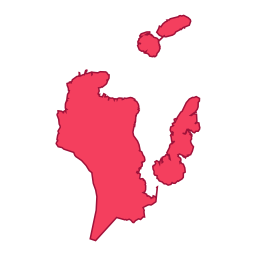 outline of U, Pohnpei, Federated States of Micronesia
{"feature_id": "79324940B31691034545854", "entity_name": "U", "entity_type": "district", "adm_level": 2, "iso_a3": "FSM", "parent_name": "Federated States of Micronesia", "parent_adm1": "Pohnpei", "projection": "natural_earth1", "projection_center": [158.28, 6.951], "detail": "fine", "context": "isolated", "style": "filled", "palette": "rose", "viewbox_px": 256, "rotation_deg": 0, "n_neighbors": 0, "source": "geoboundaries", "source_scale": "gbopen_adm2", "svg_char_len": 5853}
<svg xmlns="http://www.w3.org/2000/svg" viewBox="0 0 256 256"><path d="M155.9,201.7L157.4,186.9L156.7,187.4L157.1,188.2L156.8,192.0L155.9,197.7L154.5,196.3L153.2,195.8L152.8,197.7L151.6,197.6L151.1,198.2L150.7,197.3L149.1,196.2L148.1,195.8L147.3,196.1L146.6,194.2L143.2,192.6L144.8,191.8L145.6,189.8L145.7,185.7L145.2,184.7L145.6,183.4L144.9,181.0L144.2,180.1L143.5,180.3L143.3,179.1L142.4,178.6L140.4,179.0L139.6,178.3L140.3,174.2L138.6,172.8L137.7,173.4L137.4,173.1L137.9,172.2L136.8,172.3L137.1,171.5L138.8,171.7L139.4,169.9L139.0,169.0L140.7,168.7L140.8,168.1L138.8,168.1L140.2,167.7L142.1,166.1L142.3,164.3L141.7,162.9L142.5,162.6L142.3,162.0L144.3,161.4L144.9,160.1L144.4,157.2L142.9,154.9L141.8,152.0L139.9,150.6L139.0,151.1L140.0,149.7L139.0,144.7L137.5,141.1L133.6,135.7L132.9,132.2L134.0,126.2L134.6,126.4L134.9,124.7L134.3,124.3L134.9,123.7L134.8,122.3L135.3,122.3L135.5,121.5L135.8,115.9L136.2,115.9L136.5,114.2L138.0,112.8L139.3,110.1L138.1,109.3L139.1,108.2L138.4,107.7L138.8,106.4L138.3,104.3L136.7,101.5L134.7,100.5L135.1,100.2L134.8,99.3L132.1,97.8L130.3,97.5L126.5,98.4L124.2,98.1L123.6,99.2L122.3,99.5L122.1,98.2L119.0,98.0L117.6,98.6L117.2,99.5L117.1,98.9L114.7,98.8L114.3,99.9L113.9,98.7L112.5,98.0L110.8,98.2L109.2,97.6L108.3,100.6L109.0,97.5L107.2,96.2L106.4,96.8L104.9,96.8L105.6,94.7L103.8,93.7L102.4,96.8L99.4,96.2L99.1,95.4L99.6,94.3L98.3,94.3L98.1,93.7L99.2,91.0L98.6,87.8L100.8,87.5L101.8,86.8L102.3,87.1L105.8,84.4L106.6,83.5L107.5,81.0L106.6,79.6L107.8,80.4L109.0,78.2L109.1,74.9L108.3,74.8L106.6,72.4L105.5,71.9L100.2,71.7L97.8,72.8L92.7,72.3L91.9,72.5L92.2,74.1L92.1,74.6L91.9,74.8L91.6,72.1L87.0,73.6L85.4,73.4L86.2,71.6L86.0,70.9L86.9,70.8L86.9,70.2L86.3,70.1L85.6,70.6L84.4,74.7L83.3,74.6L80.8,75.8L80.0,75.3L79.5,72.7L79.1,72.6L79.4,75.7L79.0,75.4L78.6,76.2L76.8,76.5L72.4,79.7L71.9,81.3L71.1,81.7L71.4,83.5L70.4,81.9L69.4,82.1L69.3,82.8L67.0,83.5L67.2,85.4L68.3,88.1L68.5,90.6L69.3,90.7L68.6,93.2L68.1,93.3L67.5,94.6L67.0,98.2L67.7,98.4L67.1,98.7L66.6,100.5L67.2,100.7L66.0,102.0L65.4,104.0L65.3,108.1L66.8,109.4L65.7,109.6L65.8,111.6L65.1,110.6L63.7,111.5L63.4,113.3L63.0,112.1L61.4,111.2L58.0,110.8L58.1,113.0L57.1,114.2L57.1,115.1L58.7,119.3L59.2,124.1L60.2,126.2L60.2,127.4L58.0,131.1L58.8,133.5L58.2,133.8L57.6,135.6L57.0,139.2L57.0,139.8L57.7,140.1L57.5,141.3L56.6,142.2L56.2,143.7L58.2,146.7L62.1,147.6L63.8,149.1L73.7,152.4L74.9,155.4L75.9,156.6L81.6,160.5L86.2,165.6L89.2,170.5L91.8,172.6L93.3,183.4L95.7,190.0L96.9,196.7L96.2,210.2L90.2,238.8L95.6,240.6L116.6,217.5L124.8,219.8L125.9,219.5L126.7,220.1L129.2,219.2L130.8,220.1L132.8,222.4L133.8,222.6L135.5,220.6L138.7,218.8L140.6,219.5L143.2,216.9L144.6,217.0L143.9,211.8L144.2,210.4L143.1,207.5L147.3,205.3L149.0,204.7L151.0,205.0L152.6,204.1L155.9,201.7ZM199.5,98.4L196.2,96.6L194.1,97.5L192.5,97.4L189.4,99.0L186.3,102.6L182.1,111.3L180.8,112.1L177.3,117.5L177.0,118.8L176.4,119.4L175.9,118.6L174.3,119.1L174.1,119.8L174.8,121.1L175.6,121.1L175.0,122.4L174.0,122.4L173.9,123.1L172.4,123.5L172.7,125.0L173.4,125.6L170.7,127.0L170.2,130.1L171.1,132.1L172.6,131.9L173.1,132.6L172.1,133.2L172.8,133.8L173.1,133.3L172.8,135.0L171.2,134.3L170.5,135.4L171.1,136.7L171.7,141.2L173.3,141.7L174.7,141.2L173.3,142.5L173.4,142.1L172.1,142.4L171.3,143.9L170.5,144.1L169.7,145.4L169.5,147.5L166.8,152.8L168.4,155.1L168.9,154.8L169.0,155.4L169.9,155.4L169.3,155.7L170.1,159.4L169.3,158.8L169.2,156.1L167.1,154.5L166.0,154.7L165.4,155.9L162.3,157.3L162.0,160.8L162.9,161.9L162.1,162.6L161.7,159.1L161.2,158.6L159.9,161.4L159.6,163.9L158.6,161.7L156.7,160.7L154.9,161.8L155.7,163.3L155.1,164.5L154.0,165.6L153.4,165.4L152.8,166.4L153.1,169.2L154.1,171.2L154.0,173.9L154.8,175.1L157.1,175.7L157.0,179.0L157.5,178.1L159.3,180.9L162.2,182.0L164.1,183.8L166.1,183.9L168.1,185.1L170.9,184.4L172.1,182.6L172.9,183.2L175.1,183.3L177.6,181.0L178.2,181.3L182.1,178.9L183.3,177.3L183.4,173.1L185.2,172.1L184.8,167.9L183.3,164.2L182.0,163.7L180.7,162.3L180.1,163.0L179.8,161.5L180.8,161.1L180.9,159.2L180.5,158.2L178.0,156.3L178.5,155.3L178.0,154.8L179.5,154.0L183.0,155.6L182.8,156.1L183.5,156.9L184.4,156.3L184.4,155.6L184.4,157.0L185.5,157.9L186.1,156.5L187.8,156.3L188.6,155.7L188.0,155.2L190.6,154.7L192.4,150.9L193.5,146.8L191.8,144.6L190.7,142.2L190.6,140.5L191.6,139.0L191.4,136.9L191.9,136.2L191.8,134.6L191.0,133.8L190.5,134.0L190.5,134.7L190.0,134.3L190.3,132.8L188.6,131.8L188.9,131.1L187.5,130.1L186.5,130.9L186.2,132.8L185.5,133.9L184.6,133.9L182.6,133.2L185.3,133.6L187.0,129.4L188.6,129.3L190.4,130.9L191.0,130.3L193.2,132.4L194.6,132.8L195.8,131.3L198.2,131.2L199.6,129.1L199.8,127.2L199.5,127.0L198.9,123.0L197.2,122.5L194.9,123.8L195.6,122.9L197.1,122.3L196.6,121.8L196.9,121.1L196.5,114.2L193.6,113.8L191.4,115.5L190.6,115.4L194.8,112.3L196.1,112.2L195.8,111.2L197.3,109.2L198.1,106.9L198.2,102.4L199.4,101.0L199.5,98.4ZM154.4,56.7L155.4,56.5L156.6,55.3L157.0,53.5L158.9,51.2L160.0,48.4L159.6,47.9L160.1,46.9L159.3,45.8L159.7,45.3L158.9,43.8L158.6,41.3L164.2,35.8L164.9,36.8L166.1,36.8L172.5,35.1L174.6,33.8L175.8,31.9L180.1,29.7L180.3,29.1L181.2,29.5L183.1,27.6L183.9,27.3L184.8,28.5L184.3,27.2L189.3,25.2L190.7,21.2L190.3,19.7L188.2,17.7L183.7,15.4L181.6,16.0L180.2,15.6L179.1,15.9L178.5,16.7L170.2,18.8L169.2,19.9L166.9,20.1L167.3,20.8L166.9,21.3L165.3,21.9L162.9,23.9L161.0,26.8L159.4,26.1L158.7,28.5L156.7,32.2L159.3,35.2L162.9,36.8L158.5,41.0L158.5,39.8L156.9,38.2L153.7,37.2L152.5,35.6L151.6,34.8L151.3,35.3L150.7,34.4L148.9,34.0L147.3,34.9L145.7,34.7L147.1,33.8L149.1,33.6L149.8,32.9L149.7,31.9L146.5,32.0L141.2,33.8L139.7,35.9L140.1,36.6L141.7,36.4L138.8,39.0L139.0,39.8L137.9,41.4L138.0,43.1L139.8,43.2L141.0,43.7L138.2,43.6L138.3,44.5L137.6,45.5L139.3,49.8L141.6,51.2L143.6,51.1L144.2,52.7L146.1,51.4L145.3,53.1L147.4,53.5L148.7,54.4L149.6,56.1L152.5,56.7L153.5,56.1L154.4,56.3L154.4,56.7Z" fill="#f43f5e" stroke="#9f1239" stroke-width="1.5"/></svg>